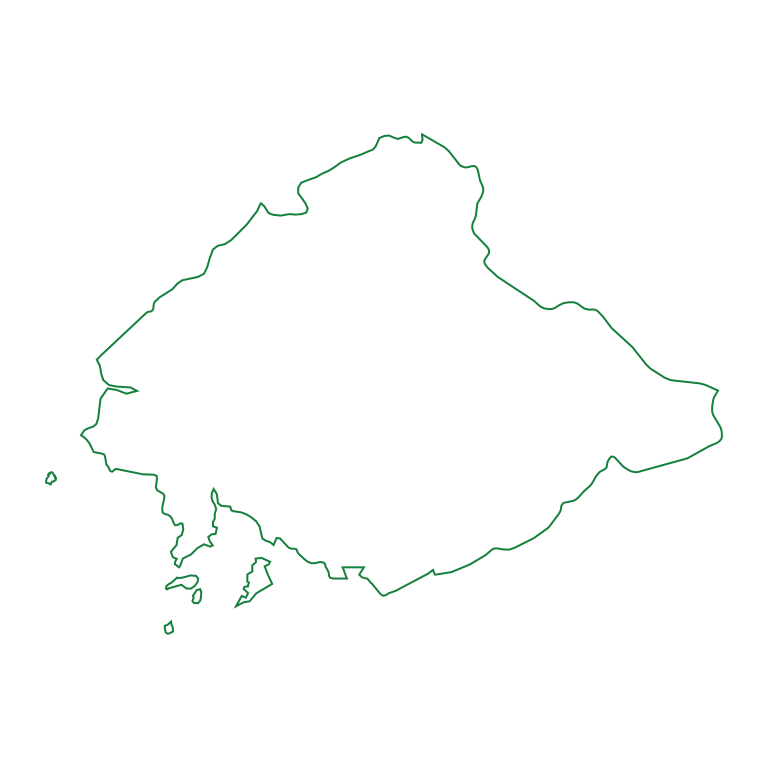 the Province of P'yŏngan-bukto
{"feature_id": "PRK-3312", "entity_name": "P'yŏngan-bukto", "entity_type": "Province", "adm_level": 1, "iso_a3": "PRK", "parent_name": "North Korea", "parent_adm1": "", "projection": "orthographic", "projection_center": [125.079, 40.04], "detail": "fine", "context": "isolated", "style": "outline", "palette": "green", "viewbox_px": 768, "rotation_deg": 0, "n_neighbors": 0, "source": "natural_earth", "source_scale": "10m", "svg_char_len": 5393}
<svg xmlns="http://www.w3.org/2000/svg" viewBox="0 0 768 768"><path d="M421.4,142.8L422.6,139.7L421.9,134.6L422.0,134.3L443.8,146.9L446.4,148.9L449.4,151.8L459.1,164.3L461.2,166.1L464.5,167.3L467.2,167.4L472.3,166.0L474.6,166.1L476.5,167.4L477.9,170.3L479.8,179.5L480.2,180.9L482.6,186.2L483.2,188.2L483.3,190.6L482.8,192.7L482.1,194.9L481.2,197.0L477.7,202.8L477.3,203.9L477.2,204.4L475.8,215.9L475.1,218.2L472.9,222.8L472.3,225.0L472.2,227.4L472.6,229.5L473.3,231.6L474.3,233.6L487.4,247.3L488.7,249.3L489.2,251.5L488.7,253.7L487.4,255.8L485.9,257.8L484.6,259.9L484.2,262.1L485.4,264.7L487.7,267.7L497.8,277.0L534.2,301.0L539.2,305.6L541.6,307.2L544.6,308.5L549.2,309.2L552.2,308.9L554.7,308.1L559.0,305.3L563.4,303.2L567.8,302.4L572.4,302.2L575.0,302.6L577.8,303.8L581.6,306.7L584.7,308.7L588.9,309.7L593.0,309.4L595.0,309.7L597.6,311.0L603.1,316.8L611.6,328.1L632.4,347.1L645.9,364.2L650.4,368.6L664.3,377.5L670.9,380.2L699.8,383.4L706.0,385.1L718.0,390.6L713.8,397.7L713.7,398.2L713.0,401.0L712.3,405.7L712.1,410.7L712.5,413.1L713.3,415.3L720.1,426.6L721.1,429.1L721.7,431.5L721.9,434.0L721.9,436.5L721.4,438.8L719.6,441.1L716.5,443.2L709.4,446.1L687.5,458.3L637.9,472.0L635.3,472.2L633.0,471.8L630.7,471.1L628.6,470.1L624.2,467.3L622.3,465.6L614.7,457.4L613.0,456.6L611.1,456.7L609.0,459.1L607.8,461.4L607.1,463.9L606.8,466.1L606.5,467.6L605.7,468.4L604.0,469.6L599.8,471.8L596.2,475.9L592.6,482.5L590.1,485.8L584.1,491.1L578.5,497.3L576.3,499.3L573.5,500.8L563.5,502.9L561.8,505.0L561.2,506.4L561.1,507.7L561.0,508.7L560.4,511.1L558.9,513.8L548.6,527.5L533.9,538.1L514.6,547.8L509.2,549.6L503.6,549.5L497.0,548.3L494.5,548.5L492.1,549.5L485.7,555.0L469.8,564.5L451.5,572.1L435.0,574.7L435.1,575.2L433.0,569.9L428.2,573.6L395.5,590.9L388.6,593.3L385.9,595.1L383.1,595.8L380.3,593.9L371.9,583.6L370.6,582.6L367.6,578.8L362.1,577.4L359.2,574.7L363.9,567.3L342.6,567.3L343.7,569.8L345.9,576.1L346.9,578.5L333.0,578.5L329.9,577.7L329.0,575.6L328.8,572.9L327.6,570.1L325.7,566.8L325.1,564.3L323.8,562.6L320.0,562.0L315.1,563.1L312.1,563.3L308.1,562.0L305.7,560.3L298.8,554.0L297.4,552.0L296.5,549.3L294.2,548.7L291.4,548.7L288.8,547.8L280.0,538.4L276.6,538.0L273.6,545.0L270.1,542.1L265.9,540.8L262.3,538.4L259.5,526.2L256.0,521.2L251.2,517.2L245.8,514.1L241.0,512.3L234.0,511.3L231.4,510.4L230.2,506.6L221.2,505.8L218.0,503.2L216.8,494.0L213.6,489.0L211.8,493.3L211.5,497.4L212.6,501.2L214.6,504.4L216.2,509.0L214.8,513.7L214.7,518.8L212.9,522.2L213.0,526.3L216.9,527.7L215.6,534.0L211.7,534.3L208.3,536.9L209.7,541.1L212.7,545.5L210.0,546.6L204.1,544.3L197.3,548.2L191.0,554.5L182.9,558.5L180.2,565.6L179.2,567.3L174.9,564.2L175.0,562.5L175.4,561.3L176.7,558.7L174.3,558.0L173.3,557.4L172.4,556.1L170.9,551.7L176.5,545.2L177.7,537.7L181.7,535.1L183.3,529.3L182.4,523.6L180.2,523.4L177.5,525.1L175.1,525.2L173.9,523.4L171.9,518.6L170.6,516.6L167.8,514.7L165.0,514.1L162.9,512.9L162.2,509.6L162.5,506.0L164.0,499.6L164.4,495.7L163.0,493.6L157.2,490.3L155.8,487.2L157.0,478.8L156.6,475.9L153.8,474.7L142.8,474.3L116.1,468.9L114.7,469.5L113.5,470.6L112.4,471.6L110.8,471.4L109.6,470.1L108.4,466.8L107.6,466.1L106.4,464.5L105.1,457.0L104.3,454.6L102.2,453.7L93.7,452.0L89.5,443.4L87.3,440.5L85.1,438.2L83.0,436.5L81.0,435.2L84.4,430.2L88.6,428.1L92.9,426.8L96.2,424.2L98.2,418.5L100.5,398.7L107.7,388.5L116.5,389.9L126.4,393.7L137.0,390.9L130.7,387.5L116.2,386.5L109.1,385.1L103.3,380.1L101.1,373.3L100.0,366.1L96.8,359.7L101.7,354.7L146.4,312.8L147.7,312.0L151.0,311.4L152.8,310.0L153.3,308.5L153.8,303.8L154.8,301.7L159.8,297.2L172.4,289.2L177.4,283.6L182.2,280.3L197.9,276.9L204.0,273.8L207.2,267.2L209.9,257.8L213.0,249.4L217.8,245.8L225.0,244.1L231.5,239.8L246.8,224.5L257.4,210.7L259.5,205.7L261.0,203.3L264.2,206.2L267.1,210.6L268.0,212.5L270.4,213.8L273.3,214.8L280.9,215.6L289.3,214.1L295.5,214.6L301.6,214.1L306.2,212.6L307.8,208.5L305.5,203.5L302.0,198.4L298.2,193.3L298.2,187.7L301.2,182.7L309.0,179.7L316.3,177.1L321.2,174.1L329.0,170.6L334.7,167.0L340.9,162.5L349.7,158.4L360.5,154.8L368.5,151.3L372.8,149.7L375.5,146.7L377.4,142.6L379.3,138.1L384.3,136.0L388.9,135.5L393.5,137.5L397.7,139.0L403.7,137.0L406.0,136.7L408.8,137.9L412.5,141.5L414.5,142.5L421.4,142.8ZM270.1,561.8L268.7,564.4L264.7,566.3L268.0,575.0L272.2,583.9L265.4,587.9L256.3,593.3L249.6,601.3L243.6,602.3L236.0,606.3L241.8,595.9L245.8,597.7L248.1,593.1L243.6,588.8L244.4,586.8L248.0,586.4L248.1,584.8L249.0,582.8L247.3,581.4L247.4,574.4L252.4,571.5L252.2,565.5L256.0,562.1L255.6,558.6L261.5,557.9L270.1,561.8ZM194.7,586.0L191.1,588.5L186.7,588.6L181.4,584.8L168.4,588.4L167.4,589.4L166.0,588.7L166.5,585.9L168.8,584.1L171.8,582.4L177.1,577.6L178.4,578.1L182.7,577.6L190.6,575.4L196.0,575.9L198.2,578.6L197.4,582.3L194.7,586.0ZM194.8,593.2L196.7,590.0L200.2,589.2L201.2,591.9L201.1,596.4L200.2,600.7L198.0,603.2L193.8,602.9L192.4,601.1L193.6,597.7L193.0,595.6L194.8,593.2ZM47.2,477.9L48.6,476.4L48.1,474.8L48.9,474.7L49.8,474.1L49.2,473.2L50.0,472.8L51.1,472.2L52.0,472.3L52.6,473.1L53.4,473.8L53.8,475.4L55.1,475.8L55.0,476.9L55.0,477.8L56.0,478.0L55.9,479.1L55.6,480.2L54.4,480.6L53.6,481.6L52.1,481.6L51.1,483.1L50.7,484.4L49.8,484.3L49.2,483.4L47.6,483.0L46.2,482.8L46.1,482.7L46.1,481.1L46.5,479.2L47.2,477.9ZM165.8,632.6L164.9,629.0L164.8,625.8L167.6,624.8L171.1,621.6L171.6,624.9L171.8,625.6L172.7,626.9L173.1,631.5L169.1,633.5L167.7,633.7L165.8,632.6Z" fill="none" stroke="#15803d" stroke-width="2"/></svg>